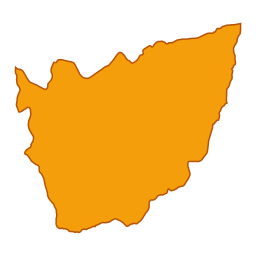 outline of Mushie, Bandundu, Democratic Republic of the Congo
{"feature_id": "63176286B59505490488503", "entity_name": "Mushie", "entity_type": "district", "adm_level": 2, "iso_a3": "COD", "parent_name": "Democratic Republic of the Congo", "parent_adm1": "Bandundu", "projection": "equal_earth", "projection_center": [17.182, -2.524], "detail": "fine", "context": "isolated", "style": "filled", "palette": "amber", "viewbox_px": 256, "rotation_deg": 0, "n_neighbors": 0, "source": "geoboundaries", "source_scale": "gbopen_adm2", "svg_char_len": 5245}
<svg xmlns="http://www.w3.org/2000/svg" viewBox="0 0 256 256"><path d="M57.2,226.9L57.3,227.0L59.5,228.5L60.9,228.6L62.4,228.0L63.2,228.8L65.0,228.7L67.4,229.5L67.9,229.7L69.2,231.3L70.1,231.5L72.8,231.6L75.3,232.3L77.0,231.9L78.6,232.4L79.6,232.2L80.6,231.6L82.2,229.5L83.1,229.3L83.9,229.1L86.4,229.5L87.9,228.6L91.2,227.4L93.2,226.3L94.1,226.6L94.8,226.5L95.3,226.5L95.6,225.5L96.1,225.2L96.6,225.3L98.1,224.6L101.5,222.9L102.2,222.6L105.9,222.7L108.8,222.1L110.1,221.6L111.0,220.8L114.0,219.2L114.4,219.1L115.4,218.7L120.5,220.9L123.3,222.9L126.3,226.0L127.2,226.3L128.7,225.7L130.0,224.6L131.3,224.1L131.6,224.0L132.8,223.9L133.3,223.3L136.8,223.8L140.9,220.4L142.2,218.8L145.7,213.1L146.3,212.3L148.4,209.5L148.6,208.9L149.1,207.0L149.1,202.8L149.3,202.0L150.2,200.5L151.0,200.1L153.3,200.0L155.0,199.2L156.0,198.3L157.8,196.0L157.9,195.9L158.3,195.7L159.2,195.2L161.4,194.8L161.6,194.8L162.6,195.0L164.7,194.0L166.6,193.2L167.2,192.3L167.8,189.7L168.3,189.1L168.7,189.0L170.7,190.6L171.7,190.7L173.8,190.1L176.8,188.6L178.2,187.2L183.2,185.9L184.4,184.9L185.2,183.5L187.5,179.9L188.4,178.5L189.0,177.3L189.6,175.7L189.9,174.8L190.0,174.1L189.9,173.2L189.4,171.3L188.9,169.8L188.5,168.2L188.1,166.8L187.8,165.3L187.9,164.4L187.9,163.6L187.9,162.8L188.2,162.1L188.7,161.6L189.4,161.4L192.5,161.5L193.8,161.5L195.1,161.4L196.9,161.5L198.4,161.5L199.8,161.1L201.3,160.2L202.2,159.4L203.0,158.2L203.8,157.0L205.1,155.5L206.0,154.3L206.6,153.4L207.0,152.7L207.5,150.7L207.9,147.4L208.7,140.4L212.6,127.5L212.6,125.9L212.8,124.4L213.8,124.0L214.3,123.8L215.1,122.3L215.7,122.0L216.0,121.5L216.4,120.7L217.1,120.2L217.4,120.2L218.5,120.1L218.7,119.8L218.8,119.0L218.8,118.7L219.2,118.1L219.2,117.5L219.3,116.9L219.5,116.0L219.3,113.9L219.2,113.3L219.3,112.2L220.6,110.5L221.2,108.3L222.1,107.1L223.1,106.1L224.1,105.7L225.6,103.5L226.4,103.2L227.0,103.0L226.2,100.0L226.4,98.7L226.6,95.6L226.7,89.9L227.2,88.6L229.1,86.0L230.2,81.8L232.0,78.8L232.1,76.8L231.9,74.0L232.4,72.8L232.7,71.1L232.6,70.4L231.9,69.5L231.9,68.6L232.5,68.2L232.9,67.8L233.7,65.6L235.2,64.3L235.6,62.7L234.8,58.7L235.1,56.1L233.7,52.2L233.5,48.2L233.8,47.5L234.6,45.7L236.2,43.3L237.0,41.4L237.3,38.6L238.0,36.8L240.0,33.9L240.3,32.8L240.6,29.2L240.6,23.6L236.7,24.3L234.9,24.7L232.5,24.8L230.7,24.9L228.8,25.2L227.1,25.1L225.5,25.8L223.2,26.3L222.0,26.9L221.4,27.4L221.1,28.0L219.9,28.4L219.4,28.6L217.9,28.4L217.0,28.8L215.2,31.8L213.7,32.2L212.9,33.3L211.2,33.1L209.4,33.2L208.2,33.2L206.8,33.7L205.1,34.4L202.9,35.5L200.1,36.8L198.6,37.6L197.2,38.0L195.8,38.2L192.0,38.4L189.1,38.7L186.1,39.2L184.4,39.1L182.4,39.2L178.4,39.8L176.4,40.4L174.5,41.6L173.4,42.1L172.2,42.7L170.8,42.7L169.2,42.9L168.5,42.9L167.8,43.7L167.7,43.9L165.9,43.6L164.9,42.4L162.0,41.2L159.9,41.5L158.3,41.5L157.1,42.0L155.7,43.0L154.6,44.2L153.8,45.3L153.2,46.2L152.7,46.8L152.3,47.0L151.8,47.0L151.3,46.4L150.8,46.0L150.2,45.7L148.9,46.1L146.7,47.4L145.3,48.3L144.2,49.0L143.3,49.9L143.0,50.5L142.9,51.5L143.2,52.5L143.2,53.6L142.9,54.3L142.5,54.8L141.7,54.8L140.8,55.0L140.1,55.3L139.4,56.5L138.8,57.7L138.0,59.0L137.0,60.1L136.0,61.1L135.0,61.8L133.8,62.5L132.8,63.1L131.9,63.1L130.9,62.3L130.1,61.5L129.1,60.7L127.7,60.0L126.9,59.4L125.6,57.5L124.7,56.1L123.9,54.9L123.0,54.1L122.2,53.3L121.3,52.7L120.5,52.5L119.6,52.5L118.4,53.1L117.5,54.2L116.7,55.3L115.8,56.5L115.0,57.5L114.3,58.7L112.6,60.9L111.5,62.1L110.5,63.4L109.4,64.6L108.5,65.5L107.4,65.9L105.7,66.6L104.6,67.2L102.8,68.6L101.5,69.5L99.7,70.7L97.9,72.0L96.5,72.9L95.4,73.8L94.0,74.6L92.7,75.7L91.2,76.6L90.2,77.4L89.2,77.9L88.1,78.2L87.1,78.3L86.0,78.3L84.9,78.1L83.5,77.6L82.4,77.1L80.9,75.6L79.5,73.7L78.3,71.1L77.1,68.8L76.2,67.0L74.8,64.4L74.1,63.2L73.3,62.6L71.2,61.8L68.4,61.3L65.8,60.8L63.8,60.2L62.2,59.8L60.9,59.7L59.8,59.7L58.7,59.7L57.8,60.2L57.1,61.1L56.6,62.1L56.0,62.6L55.1,62.5L53.9,62.3L53.5,62.9L52.4,65.5L51.7,67.2L51.2,69.1L51.1,70.5L51.2,72.0L52.0,73.6L52.3,74.8L52.2,76.8L52.0,78.5L51.1,79.9L50.0,81.4L49.0,82.6L48.1,83.6L47.8,85.1L47.8,86.1L47.4,87.8L46.6,88.9L45.3,89.4L43.8,88.9L42.0,88.0L40.2,87.1L38.4,86.1L37.1,85.3L35.8,84.6L34.3,84.1L33.0,83.5L31.4,82.8L30.4,82.4L29.4,81.5L28.0,79.7L26.6,77.6L25.4,75.2L24.2,73.3L23.4,71.8L22.2,70.4L21.1,69.8L19.5,69.2L17.6,69.1L15.6,67.3L15.4,71.5L15.7,73.3L16.6,75.0L17.0,76.3L16.6,79.6L17.0,83.4L17.6,85.0L19.2,87.0L20.1,89.4L19.8,91.1L19.0,92.6L17.5,96.8L17.3,97.3L17.1,100.4L16.4,104.5L16.5,105.7L18.2,110.0L18.3,110.8L18.8,111.9L19.5,112.1L20.4,111.8L21.7,111.3L23.3,110.2L24.5,109.4L25.6,108.8L26.3,108.2L27.4,107.4L28.5,107.4L29.3,107.7L30.1,108.8L30.4,110.2L30.6,111.9L30.8,114.3L30.5,116.2L29.9,117.8L29.4,119.2L28.8,120.4L28.6,121.9L28.4,123.7L28.3,125.2L28.6,127.2L29.3,129.6L30.3,131.2L31.6,133.7L32.6,135.2L33.4,136.7L33.5,137.9L33.4,139.1L33.1,140.9L30.9,144.6L31.1,145.9L30.9,146.7L29.9,147.8L28.4,148.4L27.2,149.6L26.5,149.7L26.1,150.3L25.4,151.4L24.9,152.4L24.8,153.5L25.1,154.1L27.4,155.1L29.4,157.8L31.4,161.1L35.7,164.4L37.5,165.0L39.1,166.6L39.3,170.6L39.5,171.8L40.0,172.5L41.5,173.9L43.8,178.3L45.0,184.6L47.3,192.2L47.5,194.0L47.7,195.9L48.9,198.5L49.9,199.9L53.9,204.5L54.6,206.7L56.1,209.5L56.4,210.7L56.3,211.8L56.8,215.1L56.7,216.6L56.2,218.2L56.1,223.8L56.5,225.4L57.2,226.9Z" fill="#f59e0b" stroke="#b45309" stroke-width="1.5"/></svg>